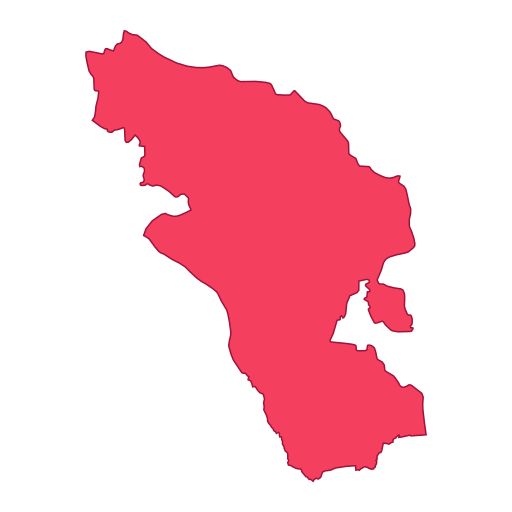 outline of Nam Dan, Nghệ An, Vietnam
{"feature_id": "81297802B54877143810300", "entity_name": "Nam Dan", "entity_type": "district", "adm_level": 2, "iso_a3": "VNM", "parent_name": "Vietnam", "parent_adm1": "Nghệ An", "projection": "robinson", "projection_center": [105.532, 18.674], "detail": "fine", "context": "isolated", "style": "filled", "palette": "rose", "viewbox_px": 512, "rotation_deg": 0, "n_neighbors": 0, "source": "geoboundaries", "source_scale": "gbopen_adm2", "svg_char_len": 6046}
<svg xmlns="http://www.w3.org/2000/svg" viewBox="0 0 512 512"><path d="M86.0,52.1L85.9,55.9L86.9,61.7L89.0,70.8L90.8,74.0L92.9,76.3L93.8,78.6L94.2,89.3L94.7,90.3L95.7,90.8L98.5,91.0L98.7,91.7L98.0,98.1L96.0,106.1L95.5,111.3L94.6,116.9L92.3,120.3L100.3,126.3L104.6,128.7L107.2,129.2L107.4,131.0L108.7,131.9L110.4,132.3L111.8,132.2L112.8,131.7L113.6,130.9L114.0,130.2L117.3,129.7L120.1,128.9L123.4,127.6L124.1,128.0L124.6,129.5L125.1,140.3L125.8,141.8L126.6,142.4L128.5,142.1L131.4,139.7L135.1,135.1L137.8,137.7L139.4,140.0L140.1,141.5L140.1,142.9L139.2,145.3L139.4,145.9L144.6,146.4L144.9,154.5L144.4,156.4L141.3,158.0L139.5,164.5L139.6,165.5L140.0,166.6L140.4,166.3L141.6,166.4L143.1,167.1L144.1,168.1L144.4,169.0L144.4,172.0L143.4,173.9L143.2,175.8L143.3,176.6L144.2,179.3L144.1,180.4L143.6,181.6L143.1,182.2L140.6,182.9L140.1,183.6L140.3,184.8L140.8,185.3L141.9,185.5L145.0,185.3L146.7,184.0L147.7,183.9L149.0,184.4L149.7,185.0L152.4,186.0L154.1,185.8L156.1,185.1L160.1,185.7L162.7,187.1L169.0,191.4L175.0,196.8L177.2,196.9L178.2,196.5L180.8,194.3L183.1,194.0L184.6,194.2L188.5,198.1L188.3,202.5L189.0,205.4L191.1,209.9L185.9,212.6L180.0,215.2L176.6,216.2L173.4,216.3L167.7,214.7L165.4,213.4L161.5,214.4L152.3,220.8L146.0,228.8L143.6,235.5L147.1,237.4L149.3,239.1L154.8,246.7L158.5,251.1L160.5,252.7L164.1,254.2L171.9,259.3L179.6,263.2L185.1,266.8L191.0,272.7L197.0,278.2L201.4,281.4L205.8,283.9L212.9,288.7L216.1,291.4L217.7,293.3L221.4,301.1L226.7,310.0L228.0,314.4L229.5,322.5L230.8,331.9L230.7,335.1L229.4,340.8L228.8,344.9L228.9,346.6L231.1,354.4L233.3,359.9L241.6,372.4L242.3,373.0L245.6,373.4L247.5,375.9L248.8,376.5L248.8,377.2L248.1,379.0L248.1,379.8L250.7,380.8L251.8,383.5L252.7,386.9L253.4,386.6L254.7,386.5L256.4,388.1L257.2,389.7L259.7,392.6L263.0,394.0L263.7,395.6L264.5,399.1L263.6,402.7L264.2,406.7L263.8,409.8L266.8,416.0L267.1,417.6L267.5,418.6L267.6,421.0L267.9,421.9L268.9,423.6L270.3,425.0L271.7,427.5L272.9,428.3L273.7,430.5L275.9,432.2L276.4,433.4L278.3,432.4L278.6,432.5L279.1,433.1L279.4,433.8L279.3,434.7L279.8,437.0L281.4,437.0L281.8,439.9L282.4,440.6L282.5,444.3L284.0,446.5L284.3,448.8L285.5,451.3L286.8,452.2L287.7,453.4L287.8,456.8L287.7,458.8L288.5,459.8L288.6,460.3L288.5,461.1L287.7,462.6L287.8,463.1L288.4,465.0L291.5,465.8L292.4,466.6L296.4,468.5L300.5,469.1L301.7,470.2L301.7,471.6L305.8,476.6L306.9,476.9L307.5,477.3L309.1,479.4L310.8,479.4L313.1,481.3L313.9,479.9L315.5,478.5L316.0,478.3L318.2,479.0L318.7,478.9L319.5,478.1L320.1,477.9L320.9,476.8L322.5,472.1L325.9,470.6L327.1,470.7L330.9,470.0L335.3,468.1L336.6,467.8L346.0,466.4L355.5,465.7L355.9,470.2L358.4,469.7L359.3,470.3L360.7,468.9L362.4,468.0L363.9,466.9L364.7,466.8L367.0,467.2L369.3,468.5L371.4,469.2L373.4,469.0L374.1,468.0L375.1,467.2L375.7,465.0L376.5,463.7L376.7,461.0L375.9,460.4L377.1,459.0L377.0,456.1L379.2,452.9L380.8,452.5L381.7,450.9L383.3,443.1L387.1,443.6L388.8,444.1L389.3,444.0L391.1,442.7L393.0,442.0L393.0,440.3L393.3,439.4L394.5,438.4L395.8,438.0L396.6,436.6L398.8,435.0L399.3,435.4L398.8,437.4L401.7,437.0L409.8,435.2L411.0,435.9L426.1,434.8L424.5,423.4L422.9,409.7L422.7,404.2L423.2,397.1L421.8,393.3L411.4,385.3L410.2,384.9L408.7,384.9L406.5,386.3L404.1,387.2L402.9,387.2L401.3,386.8L399.6,385.1L398.8,383.2L395.2,377.9L393.3,375.7L387.2,372.2L385.5,371.0L384.8,370.2L384.3,365.1L382.2,362.0L377.8,359.6L377.4,359.1L376.9,358.0L375.8,352.3L374.5,348.2L372.9,346.5L370.9,345.4L369.2,345.1L367.9,345.2L367.4,346.0L367.0,349.5L365.9,350.4L364.9,350.7L357.8,350.8L356.8,350.3L356.3,349.6L356.0,346.1L355.8,345.5L355.0,345.0L352.3,344.3L345.7,343.4L331.4,342.0L330.5,341.6L330.1,341.1L330.2,340.0L333.3,333.3L337.0,320.6L337.3,320.1L339.6,319.9L340.2,319.4L340.2,317.4L340.5,316.5L341.6,315.9L342.0,316.3L342.7,317.9L343.3,317.8L344.3,316.9L345.7,313.6L346.7,303.9L347.1,302.3L349.3,297.4L349.6,295.9L357.0,292.6L358.8,290.3L358.9,281.1L366.5,279.4L368.9,279.9L369.4,282.0L368.7,282.7L366.1,284.0L365.6,284.8L365.5,285.6L365.8,286.1L369.5,289.4L369.8,290.2L369.8,291.2L369.5,291.6L367.4,291.8L366.9,296.4L366.6,297.3L364.8,298.1L364.3,298.7L364.2,299.4L367.9,301.5L368.3,302.1L368.5,304.5L370.0,306.7L370.2,307.6L368.8,308.6L368.4,309.1L368.4,309.9L370.9,316.3L374.3,322.7L375.1,323.1L375.8,323.1L378.2,322.6L381.9,321.2L383.4,321.8L385.4,324.8L390.8,330.0L392.5,330.8L398.0,331.8L410.1,331.5L411.6,331.1L413.0,328.8L412.9,327.9L410.7,327.6L410.4,327.2L410.5,326.2L411.8,324.5L412.2,322.9L412.2,319.1L411.3,315.9L410.4,315.0L408.9,315.0L407.7,314.7L407.0,313.5L404.9,308.5L404.4,305.6L404.7,297.9L404.5,294.2L403.6,291.5L402.7,289.9L400.8,288.9L394.3,287.9L387.3,286.2L383.5,284.1L380.0,284.0L378.9,283.6L377.2,280.3L377.4,279.3L381.4,269.9L383.4,263.1L384.5,261.0L386.5,258.6L389.7,256.9L396.9,254.7L404.8,253.1L408.3,251.9L413.3,247.8L414.7,246.0L414.9,243.8L413.9,238.4L411.5,231.3L409.5,226.8L409.3,224.7L409.3,219.4L410.6,213.5L410.7,208.9L409.2,204.5L407.0,193.9L405.8,189.1L403.9,186.2L399.2,183.1L398.7,182.2L398.6,181.1L400.0,176.7L399.9,176.0L397.4,175.9L393.2,177.5L390.4,178.1L387.2,178.0L384.3,177.2L380.6,175.7L374.3,172.5L371.1,169.4L370.1,167.6L369.0,166.6L359.9,166.1L359.3,165.7L358.0,164.0L355.8,158.4L351.5,155.9L349.0,154.0L348.8,153.2L348.6,144.7L348.4,142.5L347.5,140.8L340.0,131.9L339.4,130.2L339.6,128.3L340.5,126.0L340.5,124.8L339.6,122.0L338.7,120.9L333.4,118.8L331.4,114.4L329.6,111.5L326.0,107.8L323.4,106.2L319.2,104.5L307.5,102.8L304.7,101.1L294.9,90.9L294.1,90.7L290.4,94.7L289.6,95.0L284.8,95.1L277.2,94.7L276.0,94.3L275.1,92.8L271.5,84.8L270.8,84.1L269.7,83.3L265.3,82.3L255.8,81.4L240.7,81.6L239.1,81.2L236.6,79.9L233.3,77.0L230.6,70.5L227.0,67.6L222.7,65.7L219.5,65.2L209.4,67.1L203.2,67.7L196.1,67.5L187.2,66.2L176.6,63.0L163.9,57.0L159.7,54.3L158.8,53.9L151.5,48.5L146.3,42.2L138.9,36.4L137.0,35.1L132.3,34.6L128.7,33.0L126.6,31.4L124.3,30.7L123.5,33.6L122.8,39.7L122.0,41.6L121.1,42.6L119.9,43.4L117.2,44.0L115.4,46.1L113.5,50.9L110.4,50.0L107.3,48.7L105.8,48.7L105.1,49.3L104.0,52.8L103.3,53.8L101.6,53.8L89.5,51.3L86.0,52.1Z" fill="#f43f5e" stroke="#9f1239" stroke-width="1.5"/></svg>